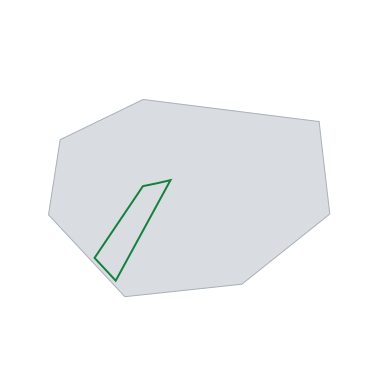 where Baiti sits in Nauru, rotated 251°
{"feature_id": "NRU-4976", "entity_name": "Baiti", "entity_type": "state/province", "adm_level": 1, "iso_a3": "NRU", "parent_name": "Nauru", "parent_adm1": "", "projection": "natural_earth1", "projection_center": [166.929, -0.506], "detail": "fine", "context": "in_parent", "style": "outline", "palette": "green", "viewbox_px": 384, "rotation_deg": 251, "n_neighbors": 0, "source": "natural_earth", "source_scale": "10m", "svg_char_len": 389}
<svg xmlns="http://www.w3.org/2000/svg" viewBox="0 0 384 384"><g transform="rotate(251 192 192)"><path d="M295.4,175.9L217.2,335.1L126.3,315.1L88.6,209.1L114.9,94.4L217.2,48.9L284.4,84.4L295.4,175.9Z" fill="#d9dde1" stroke="#a8b0b8" stroke-width="1"/><path d="M133.0,91.0L161.4,78.4L213.5,147.5L211.6,162.2L210.2,175.5L133.0,91.0Z" fill="none" stroke="#15803d" stroke-width="2"/></g></svg>